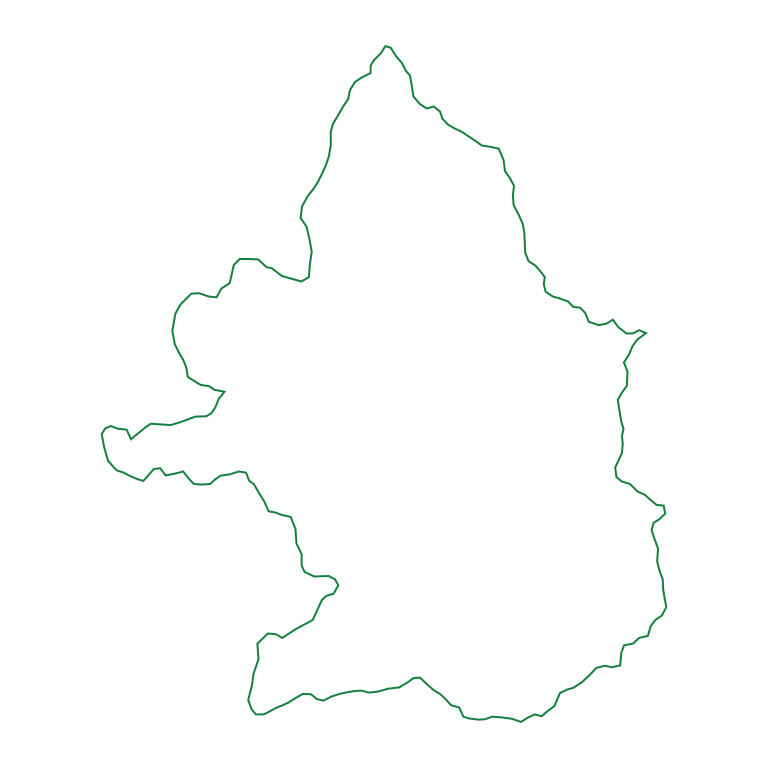 Andradas, Minas Gerais, Brazil
{"feature_id": "56859067B4264930314137", "entity_name": "Andradas", "entity_type": "district", "adm_level": 2, "iso_a3": "BRA", "parent_name": "Brazil", "parent_adm1": "Minas Gerais", "projection": "equal_earth", "projection_center": [-46.567, -22.057], "detail": "fine", "context": "isolated", "style": "outline", "palette": "green", "viewbox_px": 768, "rotation_deg": 0, "n_neighbors": 0, "source": "geoboundaries", "source_scale": "gbopen_adm2", "svg_char_len": 3339}
<svg xmlns="http://www.w3.org/2000/svg" viewBox="0 0 768 768"><path d="M463.4,716.7L469.1,718.5L478.3,719.6L485.0,719.3L492.2,716.7L502.6,717.5L512.0,718.8L521.0,721.9L528.1,717.5L534.8,714.4L541.6,716.3L547.3,711.3L554.5,705.9L559.9,693.1L567.4,689.5L573.4,687.8L581.8,682.3L590.1,674.6L596.2,668.0L604.6,665.8L611.9,667.2L620.2,665.4L621.3,652.8L624.0,645.3L633.0,643.6L639.1,637.9L647.9,635.9L650.8,625.9L655.4,619.9L661.9,615.5L666.3,607.1L664.6,598.1L663.1,588.9L662.7,579.3L659.6,570.9L657.1,561.4L658.1,548.8L654.4,538.6L651.6,530.1L653.5,522.9L659.2,519.3L665.2,513.6L663.7,505.6L656.6,504.9L649.7,499.2L644.9,494.8L637.6,491.5L629.8,483.9L621.7,481.5L616.4,477.0L615.2,467.4L618.5,460.5L622.0,452.8L622.7,443.7L622.0,435.7L623.5,428.7L621.2,421.5L619.4,410.2L617.8,399.8L621.8,392.9L626.9,385.7L627.5,371.6L623.9,362.4L628.9,354.8L632.5,346.2L637.4,339.5L645.9,333.1L639.0,330.2L633.1,333.4L626.6,333.5L618.5,327.4L612.8,319.7L606.2,323.8L598.6,325.1L588.8,321.8L585.2,313.0L580.1,307.7L573.2,306.9L568.1,301.5L559.4,298.4L552.8,296.5L545.6,291.7L543.8,284.3L544.8,277.1L539.9,270.7L535.2,265.5L528.5,261.1L525.2,252.6L524.7,240.9L524.3,232.4L522.8,224.1L518.9,215.1L513.6,205.1L512.9,195.1L514.0,185.8L509.9,178.1L505.0,171.2L503.6,160.1L498.8,148.7L490.2,146.8L481.7,145.5L475.1,140.7L467.9,135.9L461.9,131.9L454.4,128.3L448.1,124.7L442.5,118.9L440.0,111.6L433.7,106.5L426.8,108.5L419.9,104.1L413.4,96.4L411.9,86.2L410.0,75.6L405.8,70.7L401.9,63.0L395.6,55.6L390.8,47.8L385.4,46.1L380.9,53.3L374.3,59.7L370.7,65.4L370.5,73.1L361.9,77.4L355.0,82.0L350.0,90.0L348.1,99.2L343.3,106.2L337.4,116.5L332.9,123.9L330.7,132.2L330.8,145.2L328.7,157.1L325.4,166.4L321.7,174.5L317.3,183.0L313.1,189.3L307.9,195.9L302.0,206.4L300.6,218.0L306.5,226.7L309.2,237.7L311.7,251.8L310.0,263.4L308.9,277.1L301.4,281.5L281.9,276.0L271.9,268.3L266.3,267.0L258.2,259.4L248.9,259.0L239.7,259.0L233.8,265.0L229.7,283.2L221.5,288.4L216.5,297.3L208.7,296.5L199.1,293.2L191.3,293.7L180.5,304.5L175.4,313.6L172.3,331.0L174.8,344.3L179.0,352.7L183.5,360.5L186.3,367.7L187.8,377.0L200.6,384.9L209.1,386.2L214.4,389.8L224.4,391.7L218.6,399.1L215.3,407.4L211.4,413.2L206.3,416.3L195.3,416.6L180.0,422.3L170.6,425.1L150.9,423.7L145.1,427.6L131.0,439.2L126.6,429.6L117.6,428.7L111.0,426.0L105.3,428.4L101.7,434.0L104.1,446.9L108.0,460.7L116.4,470.2L123.9,472.7L129.8,475.9L137.1,479.0L143.3,481.0L149.0,474.6L153.9,469.0L160.2,468.2L165.6,475.4L174.2,473.8L183.2,471.5L188.4,478.2L193.8,483.9L201.2,484.6L210.2,484.0L215.4,479.2L220.8,475.6L230.0,474.3L238.8,471.5L246.0,472.6L249.2,480.7L254.0,484.3L259.1,493.3L263.9,500.8L268.7,511.3L275.3,512.5L281.7,514.9L290.7,516.9L295.5,529.0L296.4,543.4L301.6,554.2L301.6,565.5L304.7,572.1L314.3,576.5L328.6,576.0L335.0,579.3L338.3,585.3L333.6,593.7L326.5,595.8L321.8,600.2L312.8,619.9L295.7,629.2L282.3,637.9L276.0,634.3L267.9,633.5L257.4,643.6L258.5,659.2L253.4,674.1L252.2,684.3L248.2,700.0L251.7,709.5L255.9,714.4L263.9,714.4L270.2,711.1L276.0,708.0L281.7,705.6L288.0,702.8L295.8,697.9L302.9,693.9L311.0,694.3L317.1,699.2L323.6,700.6L331.1,696.7L339.5,693.9L347.0,692.3L354.2,691.1L361.1,690.6L369.2,692.6L378.4,691.5L388.1,688.7L399.2,687.4L406.5,683.1L413.8,677.9L420.1,677.7L427.6,684.9L434.5,690.7L440.0,693.9L444.8,698.3L451.1,705.2L459.2,707.5L463.4,716.7Z" fill="none" stroke="#15803d" stroke-width="2"/></svg>